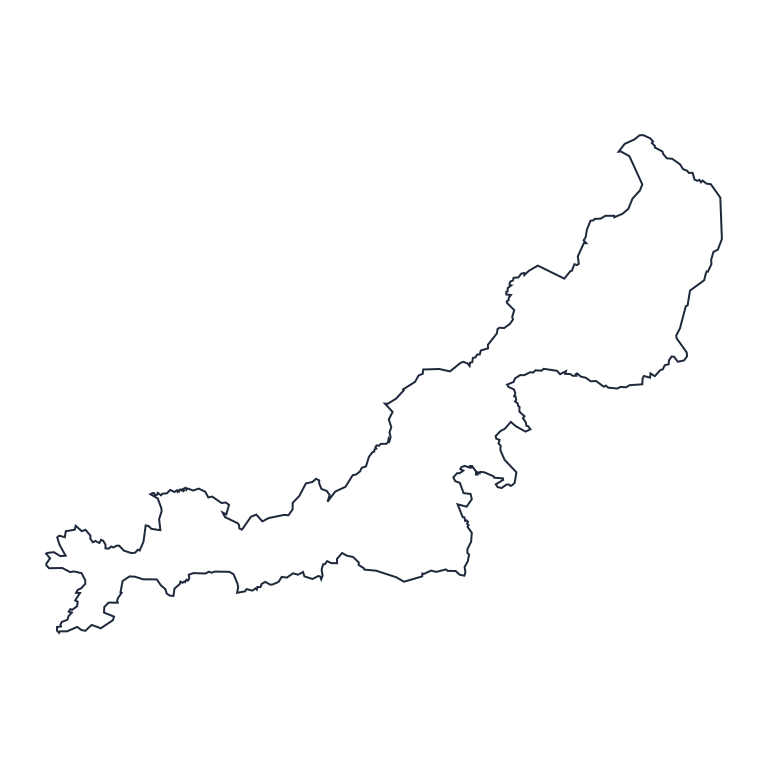 Zacapala, Puebla, Mexico (Albers equal-area conic projection)
{"feature_id": "50627088B97591121606853", "entity_name": "Zacapala", "entity_type": "district", "adm_level": 2, "iso_a3": "MEX", "parent_name": "Mexico", "parent_adm1": "Puebla", "projection": "albers", "projection_center": [-98.077, 18.596], "detail": "fine", "context": "isolated", "style": "outline", "palette": "slate", "viewbox_px": 768, "rotation_deg": 0, "n_neighbors": 0, "source": "geoboundaries", "source_scale": "gbopen_adm2", "svg_char_len": 6072}
<svg xmlns="http://www.w3.org/2000/svg" viewBox="0 0 768 768"><path d="M46.3,565.4L49.1,568.2L62.3,568.0L70.2,572.1L73.9,571.4L81.6,573.2L85.3,580.4L85.2,584.0L80.9,588.5L77.9,589.7L76.1,592.8L80.0,593.0L75.2,600.4L77.7,601.7L77.1,606.2L72.1,609.9L70.4,609.1L68.7,611.7L71.8,612.6L68.6,616.0L67.4,619.8L61.8,621.9L60.5,624.7L61.0,626.5L57.0,627.0L57.0,630.6L59.0,632.8L59.6,631.4L67.1,631.3L77.2,626.9L81.4,630.0L85.3,630.8L91.7,624.9L100.8,628.3L113.0,620.1L114.0,616.6L104.0,612.6L104.3,607.0L108.6,602.6L117.7,602.7L117.1,600.6L118.2,597.7L121.6,592.8L120.5,592.3L122.6,581.0L129.6,576.4L134.9,576.7L143.1,579.3L156.8,579.4L160.8,585.2L165.3,589.1L166.7,593.5L169.5,595.5L173.4,596.0L174.5,588.6L179.6,584.2L180.5,581.6L182.5,582.8L184.3,581.5L185.1,582.2L186.5,579.7L187.9,580.6L189.3,578.5L188.8,574.7L193.3,573.1L205.4,573.5L208.9,571.7L211.6,572.7L214.7,571.6L229.3,571.8L233.5,574.2L237.3,583.2L238.2,587.1L237.1,592.8L244.9,591.4L246.5,589.1L252.4,590.6L255.5,588.4L256.8,589.6L257.4,587.0L260.5,587.1L261.7,583.9L265.3,581.9L270.3,584.7L272.9,584.4L278.5,581.9L281.7,576.9L286.9,577.6L293.0,573.3L298.0,574.7L303.0,572.0L304.4,576.4L312.5,579.0L318.3,576.0L320.3,576.6L321.2,579.3L322.6,575.7L321.6,569.8L323.1,564.3L324.8,564.2L327.1,561.2L331.2,563.1L337.1,563.2L337.0,558.9L342.1,553.0L346.9,555.7L353.1,557.0L358.8,562.5L358.6,564.9L363.9,568.3L364.3,569.6L376.1,570.7L396.1,577.2L404.0,581.7L422.2,576.4L422.4,573.5L423.9,573.9L431.1,570.6L436.4,571.9L445.9,569.4L447.6,570.9L455.6,571.0L459.8,574.8L464.4,575.7L465.4,572.1L464.6,567.0L467.7,561.5L469.1,554.7L467.4,552.8L467.4,549.2L471.1,541.7L471.8,532.8L467.5,526.8L468.6,525.2L467.0,523.7L468.0,521.8L466.7,520.4L465.2,521.0L464.4,517.3L462.7,517.1L457.6,504.3L466.6,506.7L471.8,499.2L470.6,494.0L463.6,493.1L459.8,482.8L455.3,481.2L453.3,477.4L457.1,473.2L459.6,473.2L463.3,470.6L460.3,469.0L461.4,467.1L464.7,465.9L469.8,467.7L470.9,467.6L470.1,466.1L472.1,466.0L476.1,471.7L475.9,474.5L477.6,474.6L477.5,472.2L479.7,473.3L480.1,471.9L484.3,472.3L493.5,476.3L494.2,477.7L502.9,478.4L503.2,479.9L495.8,484.3L497.6,487.1L501.7,488.0L506.4,484.6L509.0,484.5L510.7,486.0L512.7,484.8L514.7,482.7L516.4,472.3L504.5,459.7L500.4,450.2L500.6,445.6L498.5,443.4L499.6,439.9L496.3,438.7L495.6,436.1L500.5,431.0L504.8,428.8L510.8,421.9L515.8,426.2L525.5,431.6L530.4,429.3L528.2,426.3L526.5,425.9L525.8,422.4L522.9,418.1L524.5,416.2L519.4,411.7L519.5,406.8L518.2,406.0L517.6,403.2L515.1,401.5L516.2,399.8L515.4,396.1L514.2,396.2L515.3,393.1L514.0,389.5L508.5,386.9L507.1,384.6L513.5,382.0L515.0,378.4L520.1,375.1L524.1,375.2L530.2,372.2L533.2,372.6L535.5,370.3L541.5,370.7L543.7,368.8L556.9,370.8L560.1,374.2L565.9,371.2L565.2,373.8L570.3,374.1L572.8,375.8L576.4,375.7L575.9,374.0L577.1,373.4L581.0,376.7L585.7,377.7L590.8,381.3L596.0,381.0L603.8,386.7L605.8,385.6L608.3,387.7L617.3,388.5L620.5,386.9L626.1,387.3L629.5,385.2L642.3,384.3L642.6,378.4L643.9,376.0L650.1,377.6L650.5,373.4L654.8,376.2L660.2,370.2L662.8,369.3L664.7,365.3L668.7,364.2L669.0,360.3L671.7,356.4L674.1,356.8L677.8,361.7L684.0,360.5L687.1,356.2L686.7,352.4L676.7,338.4L676.2,335.7L680.0,328.2L685.8,306.2L687.6,305.4L690.0,290.6L704.2,280.2L705.8,273.5L706.8,271.4L707.9,271.6L711.4,264.2L711.2,259.7L713.4,251.9L717.8,249.7L721.9,239.0L720.3,197.6L710.8,184.2L706.4,183.6L702.7,180.6L701.0,182.3L699.5,179.9L697.6,180.8L694.6,179.7L692.6,172.8L688.8,172.9L687.1,170.7L683.0,169.1L680.1,164.4L672.2,158.8L666.9,158.3L663.3,154.2L662.4,151.5L654.9,147.5L654.8,145.8L651.8,143.0L653.1,141.6L650.2,138.3L643.4,135.2L639.7,135.2L634.5,139.4L624.7,143.9L618.6,151.7L621.0,151.5L629.4,156.2L642.3,184.4L639.9,190.5L632.5,198.6L628.3,208.9L622.5,213.8L614.3,217.3L614.2,215.8L605.3,215.8L600.7,218.6L594.7,218.9L593.3,220.4L590.5,220.7L586.9,229.6L585.6,237.3L583.6,240.4L586.2,243.2L583.8,243.2L577.8,256.4L578.8,263.7L577.0,265.1L574.4,264.2L571.9,270.7L570.4,271.1L564.3,278.6L537.8,265.6L528.7,270.9L524.4,275.1L524.2,273.0L521.2,273.7L518.4,277.4L513.6,277.8L513.0,280.4L510.3,281.6L509.5,283.6L509.7,285.1L511.2,285.4L507.7,288.1L507.6,291.4L506.2,292.0L506.3,294.5L510.9,295.0L508.8,297.7L508.5,300.3L506.8,301.3L506.9,302.8L514.2,310.1L512.2,317.0L513.0,319.5L510.0,323.8L504.1,328.1L499.8,327.7L497.6,328.9L496.9,333.4L487.9,344.8L488.0,348.4L480.8,350.5L479.8,354.4L477.2,354.5L475.5,357.3L472.9,358.0L472.3,362.2L470.0,362.7L469.6,366.0L467.6,363.5L463.4,361.8L460.5,362.9L450.0,371.4L439.3,369.0L423.2,369.5L422.7,373.8L418.5,375.6L415.0,381.9L403.1,389.4L403.8,390.3L396.0,398.7L387.9,403.7L384.9,403.6L392.6,411.9L388.8,419.4L391.3,427.2L389.5,432.3L390.6,437.0L389.5,440.9L388.6,438.9L388.0,442.3L386.3,443.8L380.8,443.9L378.8,445.8L376.6,445.4L375.4,447.2L376.3,448.7L374.5,449.4L374.2,451.6L372.4,452.2L368.9,456.9L366.0,466.4L361.7,467.8L360.0,471.4L356.1,474.5L352.7,475.2L345.5,486.8L335.2,491.6L327.5,501.7L329.7,495.1L326.7,490.9L321.5,489.0L319.2,483.7L319.2,480.4L316.0,478.8L312.4,482.0L305.9,483.4L299.3,496.0L292.7,502.8L292.6,509.4L288.5,515.2L284.2,514.9L268.8,518.0L262.4,521.4L256.3,514.6L251.0,516.7L242.0,529.6L239.4,528.5L239.0,524.9L237.6,523.2L225.0,517.1L222.6,512.5L226.3,514.4L229.0,504.8L225.7,502.5L221.5,503.0L212.2,496.6L208.3,497.4L205.2,491.7L198.6,488.6L193.3,490.5L187.5,488.5L186.4,489.8L185.6,487.8L182.4,489.3L184.0,490.5L183.5,491.2L180.2,489.5L179.2,491.4L178.2,490.4L177.5,491.8L176.6,490.5L174.4,492.0L170.2,489.9L166.9,493.3L162.4,493.7L161.0,495.3L157.8,492.9L157.2,494.6L155.0,495.3L154.2,493.2L152.8,493.0L150.4,494.2L157.7,498.4L161.3,508.0L161.6,511.3L159.1,519.3L160.4,530.2L151.3,528.8L148.7,526.1L145.7,525.4L143.5,541.6L139.7,550.5L137.8,549.7L135.2,552.7L131.4,553.1L123.8,550.6L119.2,545.7L116.5,545.7L113.5,547.5L111.2,546.5L108.8,548.6L105.5,548.4L105.5,544.7L103.2,540.8L101.1,539.8L99.4,543.0L95.4,541.0L92.9,542.3L90.2,538.5L90.5,535.8L85.5,529.8L81.8,531.2L75.7,525.8L74.7,529.7L65.8,531.2L64.8,537.2L59.2,535.7L57.2,537.4L59.5,544.7L65.6,555.7L60.3,556.1L53.9,552.2L47.2,552.9L46.1,553.7L50.1,558.3L46.4,563.5L46.3,565.4Z" fill="none" stroke="#1e293b" stroke-width="2"/></svg>